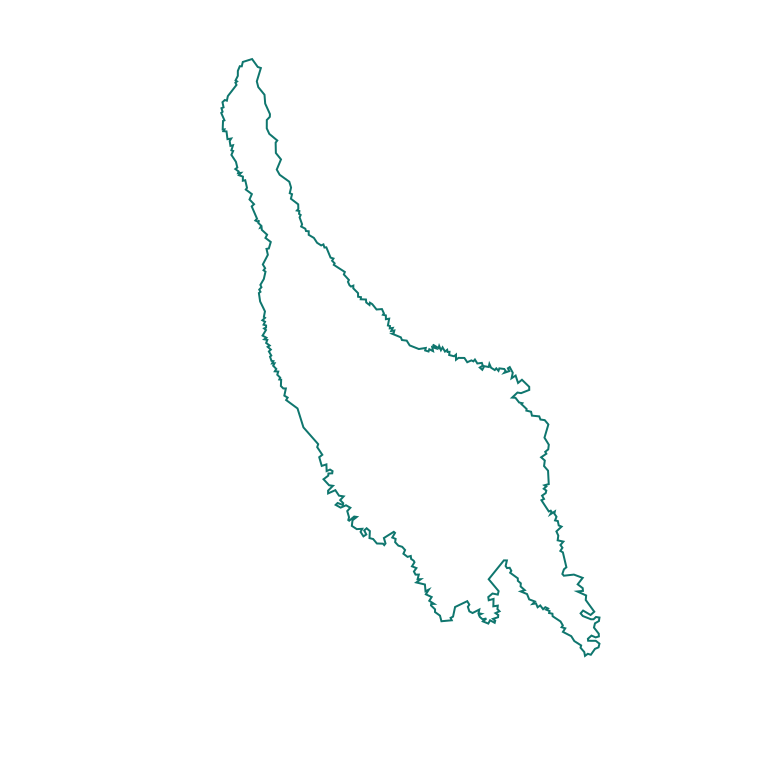 Comapa, Veracruz, Mexico (Mercator projection), rotated 52°
{"feature_id": "50627088B99460777873405", "entity_name": "Comapa", "entity_type": "district", "adm_level": 2, "iso_a3": "MEX", "parent_name": "Mexico", "parent_adm1": "Veracruz", "projection": "mercator", "projection_center": [-96.723, 19.142], "detail": "fine", "context": "isolated", "style": "outline", "palette": "teal", "viewbox_px": 768, "rotation_deg": 52, "n_neighbors": 0, "source": "geoboundaries", "source_scale": "gbopen_adm2", "svg_char_len": 6132}
<svg xmlns="http://www.w3.org/2000/svg" viewBox="0 0 768 768"><g transform="rotate(52 384 384)"><path d="M517.1,279.4L511.4,279.6L508.3,282.6L505.1,281.6L500.0,286.9L496.4,285.2L492.6,288.2L491.5,287.0L484.6,288.1L484.3,286.8L481.8,288.9L475.8,288.9L473.6,291.4L472.9,284.1L475.6,281.6L478.1,273.2L475.6,271.3L465.6,272.7L465.7,277.7L458.4,275.1L458.0,279.9L454.4,275.6L448.1,274.5L447.9,276.7L451.0,277.4L449.2,282.4L448.7,280.1L446.2,280.0L442.7,283.5L444.1,285.7L440.8,285.9L441.2,288.1L437.1,289.6L433.1,288.6L435.1,291.0L431.7,294.0L433.3,297.8L430.0,298.4L430.3,294.8L427.6,293.9L425.3,297.8L420.7,297.3L421.2,299.6L419.2,300.6L418.1,305.0L413.0,304.6L409.3,309.2L409.2,312.3L405.2,309.2L405.3,311.7L401.3,314.8L399.0,312.6L397.9,314.2L396.0,313.2L396.0,316.0L391.2,315.3L392.4,318.3L388.0,317.1L389.3,318.9L383.0,321.3L387.7,321.2L384.6,323.3L388.3,325.1L384.5,326.9L385.8,328.9L382.9,330.9L381.3,328.9L377.9,335.0L369.4,340.0L363.8,339.4L360.4,342.8L357.6,342.0L349.3,346.7L349.9,345.1L348.2,342.9L346.7,345.7L345.2,342.6L343.7,345.2L342.0,343.6L340.3,344.9L335.7,339.7L334.1,342.6L331.1,340.3L328.8,342.2L328.3,340.6L323.7,339.5L320.7,344.0L313.8,344.1L311.3,345.0L312.8,346.8L308.8,347.8L306.3,346.2L302.9,350.2L301.4,348.7L299.3,350.7L296.4,348.5L289.7,349.3L287.6,347.6L286.9,350.0L285.0,350.4L281.3,349.5L280.4,347.6L273.0,348.2L271.6,345.9L259.2,350.2L258.5,348.6L254.9,349.0L254.0,346.6L251.5,348.3L240.8,345.3L239.8,346.9L236.7,345.8L236.1,348.2L231.5,349.8L225.7,349.3L220.1,351.5L217.3,349.3L215.4,351.3L213.2,350.4L208.9,352.3L207.7,350.2L200.7,347.9L199.5,345.6L197.6,346.2L195.6,344.2L193.7,345.8L193.3,343.7L189.6,341.0L180.7,343.3L177.8,339.6L175.6,340.8L172.0,336.3L166.3,334.1L154.9,337.4L149.0,336.5L143.6,326.9L135.4,327.0L127.1,320.8L126.4,318.2L116.3,320.4L110.4,319.0L103.8,313.8L103.2,309.5L101.1,307.7L89.9,305.0L82.5,300.1L72.7,300.3L67.2,297.9L59.2,286.5L56.4,288.3L46.7,287.9L43.3,297.0L46.1,300.5L44.8,302.0L47.3,306.4L51.2,309.5L53.4,314.1L55.1,313.5L55.1,315.6L57.5,316.1L61.0,329.8L64.0,333.4L62.2,334.6L62.5,337.8L67.2,340.1L66.6,342.3L70.1,343.6L70.2,345.4L78.0,347.4L77.6,348.9L84.1,354.4L85.1,353.0L85.9,354.9L88.0,352.6L94.7,356.6L96.5,353.3L97.5,356.0L101.8,358.4L102.9,356.0L105.9,360.4L107.5,359.4L109.5,363.2L117.8,363.9L123.1,366.3L123.1,368.8L127.1,367.7L128.0,369.2L129.6,366.7L130.1,369.8L133.7,367.5L136.9,370.1L138.0,367.9L145.1,371.2L145.7,373.2L153.0,371.2L155.8,376.4L162.3,375.7L162.6,378.9L175.6,382.3L176.0,384.7L178.5,383.5L178.0,381.7L179.8,383.9L183.7,383.3L184.6,385.2L185.0,383.9L187.3,385.4L194.4,384.2L195.9,387.5L202.4,385.8L206.3,391.3L205.2,393.4L210.7,396.0L215.2,405.9L219.6,406.4L220.2,408.9L222.5,408.2L227.3,414.1L229.8,420.4L232.3,421.0L232.8,424.2L235.3,424.6L235.3,426.6L242.7,430.8L253.5,433.1L257.2,437.4L258.6,437.0L258.9,440.6L261.7,439.4L263.1,442.4L265.3,440.9L266.9,442.2L266.4,444.3L268.8,443.8L271.1,449.9L275.1,448.2L275.1,450.8L277.4,448.8L279.1,451.6L283.3,450.4L283.1,452.8L287.2,452.0L287.5,454.7L292.2,455.3L292.3,457.0L296.5,458.4L297.9,457.1L298.9,459.5L300.3,457.5L301.4,460.1L305.8,459.6L306.8,462.2L309.1,459.7L311.0,462.4L315.1,461.9L316.0,463.7L317.3,462.4L322.1,466.5L325.5,466.1L327.1,464.1L331.8,469.7L335.4,468.3L336.4,471.0L350.0,467.2L368.6,474.2L390.9,472.9L392.6,475.5L401.8,476.2L401.8,480.1L410.2,483.5L411.9,478.9L417.3,482.8L418.2,479.2L421.0,478.2L422.5,479.8L420.3,482.9L421.9,484.4L421.8,490.3L430.0,489.6L432.8,486.9L433.6,493.7L435.8,495.4L437.7,487.7L444.3,488.2L447.7,485.0L448.5,490.0L452.8,489.5L454.0,490.9L449.2,493.8L449.5,496.5L454.7,494.3L456.2,488.6L460.8,486.7L461.5,491.2L467.5,493.6L469.2,495.9L470.3,495.6L470.1,489.1L472.0,487.3L472.0,492.7L476.0,496.7L481.6,494.8L484.7,490.3L486.1,493.5L491.4,494.0L491.7,490.6L487.2,489.7L487.0,486.5L491.2,485.7L496.5,490.3L499.5,488.0L505.3,487.8L509.2,483.1L511.1,483.0L510.6,481.0L505.3,478.9L506.5,467.3L508.1,467.0L510.1,472.0L513.2,470.2L515.5,472.6L520.2,472.2L523.5,469.9L527.8,469.6L529.7,473.2L534.7,471.9L536.0,468.8L538.5,470.3L541.6,469.4L543.2,469.7L544.9,474.2L549.0,471.8L550.2,475.9L553.6,476.5L555.6,473.9L558.5,477.7L560.5,475.1L560.3,480.7L567.2,475.2L572.9,478.9L573.6,475.2L575.5,480.5L581.2,477.6L582.7,481.8L588.1,479.9L586.4,482.2L587.4,483.3L593.0,482.5L595.1,484.2L601.0,482.5L606.3,484.8L611.9,476.1L609.3,475.5L609.8,472.8L603.5,465.3L606.4,452.1L610.4,452.6L611.2,455.1L615.7,456.7L619.0,455.2L620.4,447.8L622.8,450.6L625.1,448.7L624.4,451.4L626.5,451.9L630.1,451.2L631.8,447.7L632.0,452.2L637.0,449.3L635.5,445.9L640.3,443.8L639.0,442.1L636.2,442.7L638.0,437.7L636.4,436.2L633.2,437.2L634.2,432.9L631.2,433.2L628.7,430.8L626.5,434.7L620.8,430.0L618.9,434.6L616.1,433.0L615.9,427.5L620.0,424.0L617.8,421.2L602.3,421.7L596.8,398.1L598.7,395.8L602.3,400.2L604.8,400.4L606.2,398.1L609.6,398.7L610.4,400.8L619.5,398.2L621.5,399.7L625.3,398.9L627.6,401.0L633.1,400.0L631.6,404.0L637.6,400.6L643.1,402.2L648.3,399.0L648.8,402.3L650.5,399.3L654.5,400.4L654.7,397.2L659.4,397.3L659.2,394.3L661.8,393.0L661.7,395.1L664.8,393.3L666.1,394.9L668.7,392.7L670.8,394.1L679.8,391.1L684.3,391.7L685.0,393.8L688.1,391.6L689.5,395.6L698.0,391.7L703.8,392.3L711.4,389.6L712.8,391.5L718.5,391.2L722.0,393.0L722.1,389.5L724.7,387.7L722.6,380.8L723.6,377.1L721.3,374.1L716.8,375.2L712.0,381.2L710.3,380.2L710.0,375.4L714.0,373.2L715.2,370.1L713.0,368.5L705.2,368.5L702.5,365.1L703.1,360.6L700.7,358.0L698.1,360.4L698.4,363.7L696.9,365.7L689.2,370.2L685.8,370.3L685.1,366.6L693.2,363.4L692.9,358.5L678.4,358.0L675.1,354.9L666.5,359.4L669.5,354.6L667.2,353.1L661.1,354.7L659.1,346.8L651.1,351.7L645.8,360.3L643.5,360.4L640.8,356.3L640.7,353.1L626.8,346.7L624.1,347.8L622.9,344.2L619.5,344.1L618.6,339.7L614.1,343.4L610.8,340.0L606.3,338.9L605.7,331.9L603.0,333.4L599.0,331.4L596.8,333.2L594.8,329.8L591.0,329.6L589.6,327.9L589.1,333.1L588.0,330.7L586.5,330.6L585.9,332.6L572.5,331.5L573.1,328.7L569.3,328.2L569.5,323.7L567.9,321.7L564.9,322.6L564.7,319.2L562.6,319.9L564.3,315.8L553.3,308.1L547.2,308.4L543.3,304.4L538.5,305.3L538.9,299.0L536.7,298.7L536.6,294.8L533.3,291.5L525.1,290.6L517.1,279.4Z" fill="none" stroke="#0f766e" stroke-width="2"/></g></svg>